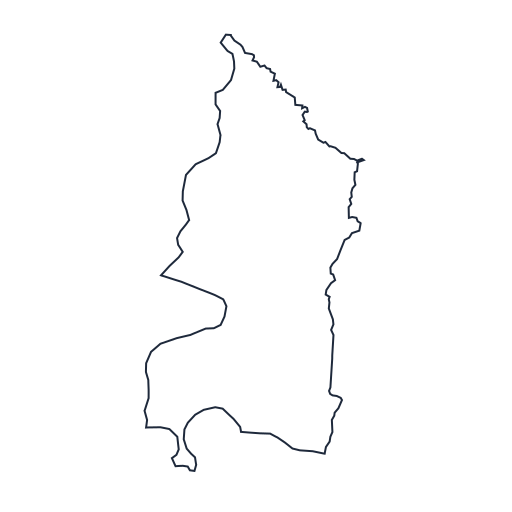 Cabo Rojo, Puerto Rico (Albers equal-area conic projection), rotated 4°
{"feature_id": "32010507B73379646065034", "entity_name": "Cabo Rojo", "entity_type": "district", "adm_level": 2, "iso_a3": "PRI", "parent_name": "Puerto Rico", "parent_adm1": "", "projection": "albers", "projection_center": [-67.16, 18.05], "detail": "fine", "context": "isolated", "style": "outline", "palette": "slate", "viewbox_px": 512, "rotation_deg": 4, "n_neighbors": 0, "source": "geoboundaries", "source_scale": "gbopen_adm2", "svg_char_len": 3326}
<svg xmlns="http://www.w3.org/2000/svg" viewBox="0 0 512 512"><g transform="rotate(4 256 256)"><path d="M215.5,37.3L214.6,37.3L210.5,37.3L205.9,45.6L212.2,52.3L213.4,53.5L218.4,56.0L219.5,59.8L220.5,63.5L221.3,70.6L218.8,82.2L217.4,84.2L211.3,92.6L205.8,95.3L204.3,96.0L205.0,106.3L205.1,107.6L209.5,113.1L210.1,113.8L210.1,118.4L210.1,120.9L208.4,127.2L208.7,127.9L212.2,138.0L212.1,138.3L211.8,145.0L210.9,148.5L209.1,155.3L208.8,156.3L201.8,161.7L197.4,164.2L190.4,168.1L189.4,168.7L189.3,168.8L180.5,180.0L178.6,195.7L178.5,196.6L178.9,205.8L182.8,213.7L183.4,214.9L186.8,224.9L186.6,225.1L186.3,225.6L183.9,229.5L178.9,236.6L176.0,243.6L177.1,248.3L177.6,250.3L179.6,252.9L182.6,257.0L178.9,262.8L170.5,271.9L162.6,281.9L163.2,282.1L166.0,282.7L174.9,284.9L177.8,285.6L183.4,286.9L188.6,288.6L196.8,291.2L201.7,292.8L204.3,293.6L212.4,296.1L215.5,297.1L217.6,297.8L219.8,298.7L224.0,300.5L226.3,301.5L227.1,302.8L230.0,308.2L228.8,318.6L225.5,327.3L224.5,327.8L219.7,330.6L218.9,331.0L217.2,331.2L210.9,331.9L199.0,337.8L195.9,339.4L194.8,339.7L184.5,342.9L182.6,343.5L166.8,350.2L163.5,353.5L158.0,358.9L153.9,370.6L154.2,377.9L154.3,379.3L154.4,379.7L157.2,387.2L157.5,390.2L158.2,396.7L158.4,399.3L158.8,405.4L158.7,405.7L155.8,417.6L155.6,418.1L158.8,427.2L158.4,433.7L158.3,434.8L159.7,434.6L172.6,433.5L179.7,434.4L181.7,434.7L190.1,441.8L191.5,449.5L192.4,454.3L190.5,459.9L187.9,462.1L186.2,463.5L190.4,471.3L193.9,470.8L197.6,470.4L197.8,470.4L202.6,470.8L205.0,474.4L209.6,474.7L210.9,468.4L210.8,468.2L209.2,461.1L206.0,458.5L205.3,458.0L200.3,453.0L197.7,446.4L196.7,443.9L196.7,433.9L197.0,433.3L199.6,427.1L200.3,426.2L206.4,418.6L214.6,413.1L225.9,409.7L233.4,410.6L238.8,415.1L241.1,417.0L245.0,420.1L252.1,427.6L253.1,431.4L253.3,432.5L262.9,432.6L266.7,432.6L272.1,432.6L272.3,432.6L282.5,432.2L288.0,434.7L290.0,435.5L297.9,440.1L305.8,445.5L313.3,446.8L326.2,446.8L337.9,448.4L338.3,448.4L338.4,447.2L339.1,441.6L342.4,436.0L342.8,431.1L344.5,426.3L343.1,414.2L345.2,409.9L345.4,406.8L348.8,402.2L351.8,393.7L350.4,391.6L346.3,390.0L342.1,389.7L339.6,388.4L338.3,385.5L339.4,381.9L339.2,353.1L339.0,349.9L338.8,329.4L336.1,324.5L338.0,318.8L337.1,313.8L332.3,303.3L332.5,297.2L331.6,294.0L332.3,291.6L328.2,289.6L328.6,285.0L332.7,277.9L336.6,274.6L334.3,269.1L331.8,268.3L331.0,262.4L332.9,258.5L337.1,253.4L339.9,244.3L343.3,233.8L347.7,231.1L350.1,226.5L357.3,223.5L358.1,216.1L358.0,215.8L355.0,214.3L353.5,210.9L349.2,210.4L346.0,211.5L345.0,200.8L347.4,197.4L345.5,192.8L347.4,190.3L346.6,186.0L347.5,181.7L350.2,178.1L348.8,173.1L348.6,165.6L350.9,164.4L351.2,156.8L350.4,155.6L356.8,152.8L354.9,151.6L350.2,153.8L347.0,152.4L343.3,152.4L336.9,147.3L334.0,147.3L327.7,142.5L322.7,141.3L321.6,141.6L317.3,137.4L315.4,138.3L309.9,135.5L307.0,129.8L306.1,126.6L300.9,124.8L299.4,125.6L297.7,124.0L297.2,121.0L293.8,118.4L295.1,117.1L292.6,112.1L294.6,108.6L296.8,108.8L297.6,108.3L296.6,104.7L294.4,103.8L291.7,105.4L291.8,102.6L284.7,102.5L283.6,95.2L274.6,90.4L274.0,87.9L270.9,88.4L268.9,83.4L268.2,85.7L265.6,86.1L266.4,81.1L263.9,79.2L261.2,80.0L262.1,72.8L257.7,71.1L257.0,68.5L253.5,67.9L251.2,65.4L247.1,66.9L243.3,62.1L238.9,61.2L240.2,57.8L239.9,55.9L237.9,54.9L230.9,54.2L227.9,48.4L225.8,46.3L219.4,42.6L215.6,38.0L215.5,37.3Z" fill="none" stroke="#1e293b" stroke-width="2"/></g></svg>